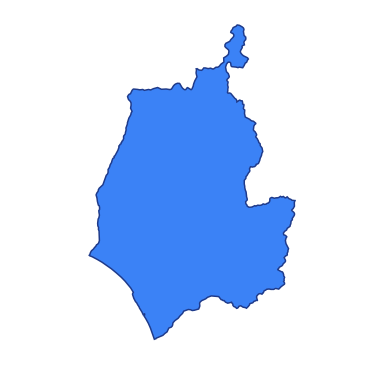 Chincha, Ica, Peru (Mercator projection), rotated 333°
{"feature_id": "86281439B74998142298356", "entity_name": "Chincha", "entity_type": "district", "adm_level": 2, "iso_a3": "PER", "parent_name": "Peru", "parent_adm1": "Ica", "projection": "mercator", "projection_center": [-75.886, -13.298], "detail": "fine", "context": "isolated", "style": "filled", "palette": "blue", "viewbox_px": 384, "rotation_deg": 333, "n_neighbors": 0, "source": "geoboundaries", "source_scale": "gbopen_adm2", "svg_char_len": 5986}
<svg xmlns="http://www.w3.org/2000/svg" viewBox="0 0 384 384"><g transform="rotate(333 192 192)"><path d="M71.7,201.7L71.9,202.4L73.7,204.4L77.2,209.4L80.0,213.8L85.3,223.8L87.9,229.8L90.3,235.9L91.9,241.1L93.8,249.6L94.2,254.8L93.0,255.5L92.5,256.3L91.9,260.3L91.9,264.0L92.4,265.7L92.4,267.9L92.7,270.4L92.5,271.3L92.9,276.1L92.8,278.9L93.1,279.2L93.4,278.9L93.9,279.0L93.5,279.3L93.9,279.4L94.1,280.0L93.4,280.4L93.2,279.8L93.0,280.5L93.3,283.7L93.5,289.1L93.2,294.2L91.6,306.1L92.3,306.1L93.1,306.4L93.8,306.0L101.0,306.5L103.7,305.7L106.3,305.3L109.3,302.9L110.0,302.7L112.0,303.0L113.5,302.5L114.5,301.6L115.2,300.4L116.1,299.7L118.5,298.8L122.4,298.2L125.1,296.9L128.4,295.9L130.6,294.4L135.3,295.0L137.2,296.2L138.4,297.7L140.3,298.4L144.8,299.3L146.7,297.7L147.3,296.9L148.3,294.5L149.2,293.8L151.3,293.2L155.7,293.4L158.0,292.9L160.9,293.2L162.1,293.4L168.3,297.3L169.1,301.2L169.9,301.8L170.5,303.0L171.4,303.4L171.8,305.3L173.4,307.3L177.2,308.2L177.2,309.5L177.5,310.4L177.0,311.7L177.3,313.0L178.5,314.5L178.9,315.9L179.7,316.1L180.9,315.9L181.7,315.2L182.2,315.2L183.8,315.5L185.2,317.8L187.0,319.2L187.8,320.3L190.3,319.5L192.1,318.6L192.5,318.0L193.3,317.8L195.8,318.3L197.8,317.5L198.6,317.8L199.9,317.7L200.9,318.3L201.1,318.2L201.6,315.4L202.0,315.0L202.1,314.5L202.6,314.0L205.0,313.1L206.6,313.4L208.0,314.8L209.0,314.1L209.6,314.3L211.6,312.7L212.8,312.9L214.4,312.6L216.6,313.4L218.1,314.6L220.6,315.9L222.1,315.8L222.9,316.0L225.2,317.9L228.5,316.8L232.5,316.1L232.9,315.7L233.2,314.7L233.0,313.3L233.9,312.8L234.5,311.3L235.8,310.0L235.6,308.4L236.0,307.6L236.4,305.8L236.3,304.3L235.5,303.6L234.0,301.5L233.2,300.3L233.3,299.8L234.3,299.6L235.7,298.7L238.7,298.6L239.8,298.1L240.4,297.5L243.2,296.6L243.7,296.3L244.3,295.2L244.3,292.3L246.6,291.4L247.7,291.6L248.4,291.2L249.0,289.8L250.4,288.7L250.9,287.7L252.3,286.3L252.3,280.6L253.2,277.6L254.9,275.7L256.1,275.0L255.7,273.3L254.3,271.7L254.8,270.1L256.7,269.1L259.0,268.8L260.4,267.6L263.7,267.1L264.6,266.0L265.6,265.2L267.1,262.9L268.8,262.3L269.3,261.1L272.0,259.6L273.0,258.8L273.6,257.5L273.5,256.4L272.5,253.8L273.1,253.1L274.6,252.7L276.8,251.2L278.4,247.8L279.9,246.4L277.4,244.8L276.7,243.4L275.4,242.0L274.6,239.5L272.9,239.8L272.3,239.5L271.3,237.4L269.8,237.3L268.8,236.0L266.9,236.3L264.9,235.8L264.5,235.4L262.6,235.0L260.7,233.1L259.0,233.0L258.2,233.5L257.4,235.1L256.3,236.1L254.9,236.5L254.0,236.2L252.4,236.4L251.0,235.9L250.0,234.9L248.1,235.2L246.3,234.7L244.6,233.6L242.5,233.5L241.8,232.7L238.7,232.6L237.4,232.2L235.8,231.4L234.8,229.7L235.0,228.7L234.7,226.8L235.4,225.0L237.5,224.2L238.0,223.4L238.6,220.5L238.9,220.0L240.2,216.5L240.4,214.4L241.0,212.0L241.6,210.8L242.2,208.6L243.9,205.3L246.1,204.4L247.2,202.7L248.3,202.4L251.0,200.6L252.5,200.0L253.2,199.3L253.7,197.5L255.5,196.1L255.9,196.1L256.9,197.1L259.4,197.8L261.1,197.3L261.7,196.5L263.3,196.8L264.3,196.6L266.6,194.7L268.0,193.0L270.5,191.0L271.8,189.3L273.4,188.1L274.4,184.6L273.9,181.7L274.6,179.8L274.0,178.3L274.3,176.9L274.3,174.1L273.8,171.9L274.0,171.5L275.1,170.9L275.7,170.0L275.6,167.1L275.0,165.5L274.9,164.5L277.0,161.4L278.5,160.4L279.8,160.1L280.0,159.6L278.9,156.9L277.5,155.7L276.9,154.8L276.4,153.4L273.5,149.4L274.4,145.9L276.2,142.9L275.7,141.8L275.7,140.9L277.8,138.1L277.9,137.5L277.3,137.1L277.1,136.5L277.9,134.8L278.1,133.6L277.0,132.9L276.4,131.9L276.0,131.7L272.9,132.1L273.4,130.7L273.4,129.3L272.7,128.1L271.3,121.8L270.5,120.9L269.0,120.3L268.8,119.4L269.9,118.0L270.6,116.6L271.8,115.0L272.3,112.7L273.9,110.7L274.1,109.9L273.7,108.8L273.8,108.1L274.7,107.5L277.0,106.7L277.7,105.9L278.1,102.9L277.4,100.8L277.5,99.6L278.6,96.0L280.9,93.7L282.8,92.8L283.8,93.0L284.7,93.6L285.0,94.6L284.1,97.2L284.2,98.1L284.7,98.6L288.1,100.8L289.1,101.8L289.6,102.1L290.8,102.2L293.6,104.3L295.5,103.2L298.2,101.2L299.4,101.3L301.5,99.6L302.6,99.1L302.4,97.6L299.7,94.0L299.1,92.6L298.6,90.6L298.7,89.0L299.7,87.9L302.3,86.2L302.7,84.9L303.7,84.6L305.5,84.7L306.2,82.1L307.7,81.0L308.9,80.7L309.6,79.8L310.2,78.3L309.8,77.7L309.8,76.9L309.5,76.4L309.5,76.0L310.7,72.3L312.0,70.9L312.2,70.4L312.3,69.2L311.7,67.7L309.9,65.0L308.3,63.8L307.9,63.7L306.5,64.3L303.5,64.2L303.0,64.4L301.7,65.5L299.8,66.4L299.0,67.3L299.2,67.9L300.4,69.4L300.6,70.9L300.1,72.0L298.8,72.8L295.9,73.8L294.0,74.9L289.6,74.9L288.2,75.8L287.4,77.3L287.6,78.5L289.0,81.8L288.9,82.8L288.7,83.5L286.9,85.9L284.4,86.6L281.1,86.9L279.4,90.7L275.9,91.2L273.2,92.4L271.5,92.5L270.0,91.7L267.1,92.1L266.3,91.8L264.8,90.1L262.4,89.4L260.2,87.5L258.8,86.8L257.0,87.7L255.7,87.9L253.7,86.5L252.5,84.4L251.6,84.2L251.5,85.1L249.9,87.4L249.5,88.3L248.7,91.7L245.0,94.2L242.5,96.5L240.8,98.6L240.2,98.9L239.0,100.1L237.6,100.4L235.5,97.0L234.7,97.0L233.0,97.9L232.2,97.7L231.6,97.2L230.8,95.5L230.5,93.9L230.3,89.9L230.0,89.4L228.3,88.5L226.3,88.3L225.1,88.5L223.7,89.0L220.4,91.0L218.8,90.7L215.7,88.5L211.4,86.6L208.8,83.3L204.5,82.4L201.5,82.3L199.8,80.9L195.7,79.8L194.7,78.3L191.9,77.3L190.1,75.9L186.8,73.8L186.2,73.7L184.8,74.2L181.8,76.5L180.4,76.4L179.3,76.8L177.9,77.7L177.8,78.1L177.4,80.8L178.2,83.3L178.1,85.0L177.2,86.9L175.3,89.5L175.2,92.9L173.5,94.1L172.8,95.1L171.8,95.9L169.3,97.5L165.8,101.1L165.4,102.0L162.2,105.0L161.4,106.9L159.9,108.5L158.9,110.0L156.7,111.0L156.0,111.8L155.4,113.3L153.6,114.8L152.6,115.0L152.2,115.6L151.3,115.9L150.7,116.8L149.5,116.9L148.3,117.8L147.7,117.8L147.1,119.1L144.9,121.2L140.0,124.6L138.7,124.9L138.5,125.7L138.1,126.1L137.1,126.1L136.3,126.5L134.5,128.2L133.8,129.1L131.5,130.6L129.6,132.6L127.5,133.8L126.1,136.5L124.7,137.7L123.2,138.2L115.9,145.1L111.1,146.5L109.7,147.4L108.7,148.7L106.6,149.8L105.2,151.1L104.6,154.2L103.4,157.6L102.6,161.2L103.1,162.2L102.5,164.1L101.6,165.7L100.6,166.2L100.0,167.5L99.0,170.6L97.4,172.6L96.1,173.5L93.7,177.1L92.7,179.5L92.7,181.0L91.6,183.0L91.5,184.5L87.4,193.3L85.7,195.0L84.1,195.7L83.0,195.7L81.4,196.8L80.0,197.2L78.3,198.1L75.8,198.7L74.1,199.8L72.4,201.5L71.7,201.7Z" fill="#3b82f6" stroke="#1e3a8a" stroke-width="1.5"/></g></svg>